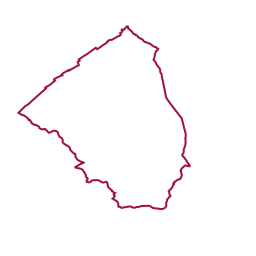 the district of Ungureni, Bacau, Romania, rotated 140°
{"feature_id": "2599482B79247862068373", "entity_name": "Ungureni", "entity_type": "district", "adm_level": 2, "iso_a3": "ROU", "parent_name": "Romania", "parent_adm1": "Bacau", "projection": "robinson", "projection_center": [27.1, 46.557], "detail": "fine", "context": "isolated", "style": "outline", "palette": "rose", "viewbox_px": 256, "rotation_deg": 140, "n_neighbors": 0, "source": "geoboundaries", "source_scale": "gbopen_adm2", "svg_char_len": 5729}
<svg xmlns="http://www.w3.org/2000/svg" viewBox="0 0 256 256"><g transform="rotate(140 128 128)"><path d="M185.9,73.9L184.7,72.4L184.2,70.8L183.5,70.4L182.5,70.0L177.5,67.1L177.2,66.9L176.3,65.8L175.6,64.3L174.2,62.6L172.6,62.1L171.5,61.4L171.2,61.1L170.6,60.7L169.2,60.1L168.5,60.0L168.2,59.7L166.5,58.6L164.4,56.8L163.0,55.8L161.8,54.8L161.4,54.1L161.0,52.9L160.7,52.2L160.4,50.9L160.0,50.3L154.1,44.0L151.6,43.1L150.0,43.3L149.1,43.5L148.7,43.7L148.2,44.2L147.0,46.1L145.5,46.8L144.5,47.4L143.8,48.1L140.8,48.6L139.4,48.6L139.0,48.7L138.9,48.9L139.1,49.6L139.0,50.2L138.6,51.1L137.7,52.3L137.6,52.5L137.6,53.1L136.7,53.2L136.4,53.4L136.1,53.8L135.1,53.7L134.0,53.7L131.8,54.4L131.1,54.7L130.3,55.3L129.4,55.3L128.9,55.4L128.6,55.6L128.7,56.2L128.7,56.3L127.9,56.3L127.9,56.7L127.7,56.7L126.2,56.8L125.1,56.5L124.3,56.6L123.1,56.2L122.6,56.3L122.0,55.8L121.2,55.5L120.7,55.3L120.3,55.4L119.3,56.1L117.2,57.0L115.8,59.9L115.5,60.4L115.2,60.6L115.2,61.5L114.5,61.6L114.0,62.1L113.7,62.2L112.9,62.4L109.3,62.6L108.3,62.5L108.1,62.5L107.6,61.9L107.2,61.2L106.7,60.7L105.5,59.1L104.9,59.5L104.7,61.2L104.6,62.7L104.4,65.0L104.2,65.3L104.0,69.2L104.0,69.9L104.1,70.3L104.0,72.2L103.8,72.6L103.5,72.8L102.3,73.0L101.0,73.6L99.2,75.6L94.7,78.3L93.8,79.2L93.1,80.2L92.8,80.4L92.4,80.9L91.3,82.3L90.7,83.4L89.5,84.1L88.8,84.8L88.2,85.8L87.8,86.0L87.2,87.1L85.2,91.5L83.2,95.5L80.5,101.1L80.6,101.7L80.2,113.3L79.8,120.8L79.4,126.2L78.4,128.2L74.7,135.0L70.8,142.2L70.0,143.9L69.6,144.5L68.9,145.8L68.6,146.2L68.2,146.9L67.5,148.1L67.7,149.1L67.3,150.0L66.5,151.3L66.0,151.8L65.6,152.4L65.4,156.0L65.4,157.4L65.3,158.1L65.3,158.6L64.6,160.5L64.6,163.8L63.3,164.5L61.5,165.8L60.9,166.2L60.2,167.0L59.6,167.5L59.1,167.7L58.3,168.0L57.5,168.7L56.2,168.8L55.4,168.7L54.3,169.0L53.9,169.3L54.5,170.1L54.5,172.0L54.8,172.3L55.1,172.5L55.6,173.2L55.9,173.9L56.2,175.4L56.7,176.7L56.6,177.1L56.8,177.9L57.6,179.6L58.3,180.5L58.6,181.2L58.7,181.6L59.4,182.5L60.0,183.7L60.1,184.4L60.1,185.2L60.2,185.5L60.2,185.8L60.0,186.1L60.2,186.6L60.2,187.2L60.4,187.6L60.7,187.9L61.0,188.5L61.3,189.4L61.4,190.0L61.5,190.4L61.8,190.8L61.9,191.1L61.7,191.7L61.6,193.0L61.9,193.6L62.4,194.0L62.2,194.8L62.6,195.0L62.8,195.4L62.9,196.3L63.3,196.7L63.4,197.0L63.0,198.2L63.2,198.6L63.1,199.0L63.2,199.3L63.0,199.8L63.3,201.1L63.5,202.8L63.7,203.5L63.6,203.8L63.5,204.1L63.8,204.2L63.6,205.0L63.4,205.2L63.1,205.4L62.8,205.9L63.0,206.1L63.8,206.3L64.0,206.6L64.2,206.4L65.0,206.3L66.5,206.3L67.2,205.9L68.1,205.9L68.4,206.0L68.8,206.7L69.1,207.4L69.7,207.4L69.8,207.3L70.0,207.0L70.0,206.1L70.4,205.6L71.0,205.4L71.6,205.4L72.2,205.7L73.0,205.8L73.0,205.6L73.1,204.9L73.3,204.8L73.2,204.5L73.4,204.4L73.7,204.4L74.0,204.0L75.0,204.1L75.3,204.2L75.5,204.1L77.0,204.8L78.8,204.9L79.6,205.3L80.8,205.3L83.3,205.8L85.7,207.3L86.4,207.5L88.0,207.5L87.9,207.2L89.1,207.1L90.7,207.1L92.5,207.4L100.9,208.1L101.2,209.6L101.1,210.1L104.0,210.4L112.6,211.0L115.8,211.6L121.8,212.1L122.1,211.1L122.0,210.6L124.1,210.9L125.2,207.8L130.5,208.8L136.5,210.0L136.3,210.5L141.7,211.6L144.3,211.7L144.3,210.6L149.2,212.1L153.3,212.9L153.8,212.1L153.6,211.2L158.8,211.2L161.2,211.4L163.3,211.7L163.3,211.9L164.2,212.2L164.7,212.1L165.2,212.1L165.5,212.0L165.8,211.9L165.6,211.1L167.0,211.0L168.1,210.9L168.5,210.8L169.4,211.0L172.4,210.9L173.8,210.8L175.4,210.8L176.8,210.8L178.0,210.6L179.1,210.7L185.6,210.5L186.3,210.3L189.9,210.3L191.0,210.5L192.2,210.8L202.1,210.1L201.7,208.7L201.4,208.3L201.3,207.5L200.9,206.7L200.4,205.6L199.7,204.6L199.1,202.7L198.9,201.7L198.5,199.5L198.6,199.1L199.0,198.2L198.0,197.2L198.2,196.5L198.2,194.6L198.7,194.0L198.5,192.7L198.3,192.1L197.9,191.6L197.8,190.8L197.4,190.5L197.1,190.1L196.9,190.0L196.4,189.3L196.2,188.3L195.8,187.6L195.4,186.6L195.5,185.7L195.8,185.2L195.9,184.9L195.8,184.5L195.6,184.1L195.4,183.3L194.9,182.7L194.5,182.0L194.1,181.8L193.8,181.6L193.3,180.8L192.9,180.7L192.5,180.9L192.2,180.6L192.0,180.2L192.0,179.3L191.9,179.0L191.8,178.3L191.9,177.6L191.8,177.4L191.9,177.1L191.9,176.7L191.7,175.2L191.0,174.9L190.0,174.5L189.2,174.4L188.8,174.2L187.7,174.1L186.7,173.7L185.6,172.7L185.1,172.1L184.8,171.5L184.5,170.1L185.9,166.4L186.1,165.3L186.1,164.9L185.3,163.5L185.3,162.3L185.8,160.5L186.4,160.0L186.9,159.7L187.1,159.5L187.3,158.4L187.2,158.0L187.1,156.9L186.8,156.1L186.8,155.6L186.2,154.6L186.1,154.0L185.4,152.2L185.2,150.5L186.1,148.9L186.2,148.3L186.2,146.7L186.1,144.9L185.7,143.0L185.1,142.2L185.2,141.8L185.4,141.8L186.0,140.7L186.3,140.4L186.6,139.8L186.8,139.2L187.0,137.5L187.1,136.0L186.9,135.5L186.3,133.9L185.9,133.1L185.8,132.5L185.2,131.8L185.1,131.5L184.2,130.1L184.2,129.9L187.9,131.0L192.2,131.7L193.1,132.0L193.5,131.9L193.6,131.5L193.5,131.1L193.0,130.7L192.1,129.2L191.7,129.0L190.9,127.8L190.5,127.4L189.8,126.0L189.7,125.7L189.8,124.8L189.7,124.2L190.0,122.3L189.8,121.9L189.9,121.5L190.2,121.1L190.4,120.8L190.3,119.9L190.4,119.2L190.5,119.0L191.5,117.9L191.6,117.6L191.6,117.1L191.2,115.8L191.8,115.3L191.7,115.1L191.8,114.6L194.0,114.0L194.2,113.8L194.1,113.1L193.6,112.2L192.3,111.1L191.9,110.9L189.9,110.9L188.9,110.7L187.8,110.0L186.8,109.2L185.6,108.4L184.8,107.4L184.4,107.1L183.6,105.4L183.5,105.0L183.0,103.8L182.8,103.2L182.3,102.3L180.6,101.4L180.1,101.1L179.3,101.0L179.1,100.6L179.2,100.0L179.2,99.0L179.6,98.7L179.8,97.8L180.5,97.2L180.8,96.5L180.9,95.6L181.1,95.3L181.1,95.0L181.2,94.6L180.8,93.1L180.7,92.8L180.9,92.1L180.7,91.5L180.4,91.1L180.4,90.9L180.4,90.5L180.9,89.6L180.4,88.6L180.1,86.9L179.8,86.5L181.7,86.5L181.8,85.4L181.9,84.8L181.8,84.4L182.5,84.4L182.6,84.1L183.7,83.8L184.5,83.7L184.8,83.8L185.2,83.8L185.0,83.3L184.6,81.8L184.0,80.2L183.6,78.8L183.7,77.5L183.8,76.9L184.4,75.8L185.9,74.1L185.9,73.9Z" fill="none" stroke="#9f1239" stroke-width="2"/></g></svg>